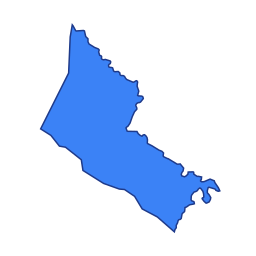 Mineral, West Virginia, United States of America (Robinson projection), rotated 86°
{"feature_id": "52423323B84161084981084", "entity_name": "Mineral", "entity_type": "district", "adm_level": 2, "iso_a3": "USA", "parent_name": "United States of America", "parent_adm1": "West Virginia", "projection": "robinson", "projection_center": [-78.932, 39.443], "detail": "fine", "context": "isolated", "style": "filled", "palette": "blue", "viewbox_px": 256, "rotation_deg": 86, "n_neighbors": 0, "source": "geoboundaries", "source_scale": "gbopen_adm2", "svg_char_len": 2534}
<svg xmlns="http://www.w3.org/2000/svg" viewBox="0 0 256 256"><g transform="rotate(86 128 128)"><path d="M92.0,114.7L86.9,116.0L84.1,115.5L82.9,115.2L82.3,115.4L81.8,115.7L81.5,116.0L81.4,116.5L81.7,117.2L82.4,118.5L82.7,119.7L79.6,125.8L78.3,126.9L76.2,127.9L75.4,129.1L75.3,130.1L75.2,131.1L74.9,131.7L74.3,132.2L73.6,132.4L72.7,132.2L71.0,133.7L70.9,135.0L71.0,136.4L70.7,137.8L69.9,138.5L68.3,138.8L66.9,139.2L66.5,140.2L66.2,141.8L65.9,142.7L65.3,143.0L64.6,143.0L63.9,143.0L63.2,142.5L62.5,141.2L61.2,140.7L60.5,140.7L59.8,141.2L58.0,145.9L58.3,147.5L57.7,149.1L56.6,149.7L55.2,149.3L54.3,149.6L53.5,151.2L50.0,152.0L48.6,151.4L47.9,151.4L47.0,152.2L45.3,155.7L41.5,161.0L39.2,161.9L36.2,161.7L33.8,163.8L28.1,164.7L27.6,165.7L27.6,172.9L27.1,173.5L22.2,175.7L21.2,176.4L33.1,179.3L69.1,183.4L122.8,215.2L130.0,205.4L141.3,197.7L142.8,191.7L156.4,176.8L167.2,175.9L181.6,156.2L188.3,140.9L189.1,135.8L196.6,126.2L209.7,119.5L218.8,104.9L234.8,89.0L232.5,88.2L230.9,86.8L228.5,86.7L226.1,85.2L223.7,84.4L223.0,83.6L222.8,82.3L222.5,81.8L221.9,81.2L217.6,80.1L217.0,79.7L215.4,77.5L214.9,77.3L211.5,76.7L211.3,76.7L210.9,75.2L208.9,71.9L208.5,68.3L208.2,67.1L206.6,67.2L206.0,67.5L205.0,69.6L203.9,70.1L200.3,69.6L199.1,69.0L196.6,66.7L196.3,65.9L196.2,65.0L195.5,63.5L195.0,62.9L194.2,62.5L192.9,60.8L192.9,60.5L193.3,59.7L196.4,57.7L199.0,57.2L202.1,57.2L202.9,57.8L202.9,58.6L203.7,59.0L206.4,57.3L208.3,55.5L208.4,54.8L207.4,52.2L205.1,50.8L203.2,50.3L200.3,51.7L198.1,53.4L195.9,53.2L193.1,52.2L192.8,51.8L192.8,51.1L194.8,45.8L195.3,45.1L196.3,44.7L197.3,42.7L197.4,41.9L197.1,40.8L193.9,42.0L188.4,45.2L187.2,45.5L186.7,45.6L184.7,49.7L186.7,55.4L186.9,56.9L186.7,58.5L186.0,59.3L185.1,59.2L184.7,58.5L182.0,58.0L181.1,61.2L181.1,62.4L178.7,65.5L176.7,65.6L176.3,66.1L176.1,71.0L178.3,71.5L180.0,73.6L180.6,75.1L179.5,77.7L177.9,78.1L176.1,77.3L174.8,76.1L171.9,75.3L171.4,75.7L167.5,78.4L167.6,80.9L167.3,81.8L161.4,90.1L161.4,90.5L159.3,94.2L158.6,94.8L157.8,94.8L155.4,94.3L153.6,95.8L152.2,98.7L147.5,105.2L144.9,109.5L144.3,109.8L141.2,109.4L138.9,109.7L137.1,110.7L135.9,111.9L135.8,112.5L136.2,113.7L137.0,114.3L137.1,114.8L136.0,116.6L134.4,118.2L132.1,119.3L131.3,128.3L130.9,129.2L130.4,129.3L127.8,130.0L127.1,129.4L126.2,127.9L123.2,125.6L116.9,122.9L112.3,120.4L109.9,117.9L108.7,117.8L106.1,118.7L105.3,118.5L104.1,117.5L103.4,116.0L103.5,115.1L103.0,113.7L99.8,110.7L98.3,110.9L97.6,111.3L97.1,112.3L96.9,113.8L96.7,115.3L96.2,116.1L92.0,114.7Z" fill="#3b82f6" stroke="#1e3a8a" stroke-width="1.5"/></g></svg>